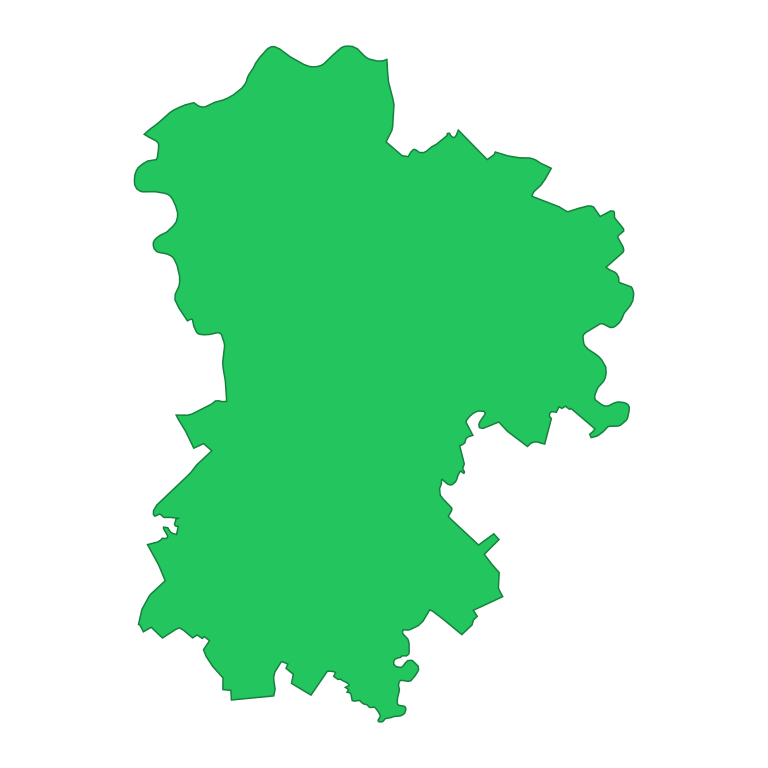 the district of Gia Loc, Hải Dương, Vietnam
{"feature_id": "81297802B14141540631295", "entity_name": "Gia Loc", "entity_type": "district", "adm_level": 2, "iso_a3": "VNM", "parent_name": "Vietnam", "parent_adm1": "Hải Dương", "projection": "orthographic", "projection_center": [106.289, 20.847], "detail": "fine", "context": "isolated", "style": "filled", "palette": "green", "viewbox_px": 768, "rotation_deg": 0, "n_neighbors": 0, "source": "geoboundaries", "source_scale": "gbopen_adm2", "svg_char_len": 6094}
<svg xmlns="http://www.w3.org/2000/svg" viewBox="0 0 768 768"><path d="M187.5,415.2L176.2,415.1L178.7,419.9L186.0,432.0L193.8,448.2L203.6,443.6L211.8,450.8L196.7,464.9L190.8,472.6L186.0,477.3L156.8,505.0L153.5,510.7L153.4,514.5L154.9,516.2L159.1,514.3L160.3,514.2L163.5,517.2L164.9,517.5L170.3,517.4L178.0,518.3L175.9,519.3L174.5,524.3L175.3,525.8L176.3,526.3L178.3,526.3L176.5,534.5L172.7,533.4L170.6,532.2L167.7,527.7L163.6,527.1L163.4,527.8L163.9,529.3L167.6,535.7L167.6,536.9L167.0,538.0L165.1,538.6L162.3,538.2L160.7,540.1L158.0,541.9L147.5,544.6L158.6,564.9L165.2,580.7L150.6,594.3L149.2,596.1L142.3,608.7L141.7,610.2L138.5,624.5L139.9,625.0L143.4,631.8L151.2,627.3L162.5,638.0L175.6,629.5L179.4,627.8L183.6,630.3L192.6,637.9L197.1,635.0L202.3,638.5L204.4,636.6L209.5,640.7L203.5,649.7L206.2,656.5L212.9,666.7L223.0,677.9L222.9,689.6L230.9,690.4L231.4,700.0L273.7,695.9L275.1,689.1L273.8,680.3L273.7,676.9L274.3,674.4L274.9,672.0L280.9,662.3L282.5,661.8L287.9,664.1L286.0,668.3L293.3,674.3L291.5,683.4L311.0,695.1L327.1,671.6L327.5,671.3L330.5,671.2L334.5,671.8L335.5,672.8L333.7,676.3L337.9,679.4L340.9,679.2L341.8,680.2L347.0,682.8L348.9,684.4L348.9,685.6L345.3,687.3L348.7,689.7L347.0,692.2L349.4,692.7L350.9,693.8L352.2,700.6L354.6,701.1L359.4,700.4L362.6,703.3L364.6,704.3L366.9,704.6L369.1,707.0L370.8,707.6L374.2,707.1L375.4,707.9L378.6,712.3L380.1,715.2L380.1,716.9L378.1,720.1L378.2,721.0L378.9,721.8L381.6,721.9L382.9,721.4L385.2,718.8L385.9,718.5L390.9,717.6L394.0,716.5L400.4,715.9L402.6,714.9L404.7,713.2L405.9,709.3L405.5,707.5L404.6,706.3L398.8,705.3L397.9,704.6L397.2,702.6L397.5,698.2L399.3,690.8L399.4,689.1L398.5,685.7L399.0,682.3L400.3,680.6L401.3,680.3L408.4,681.3L410.8,680.8L414.9,676.0L417.4,672.3L418.6,669.6L418.1,666.1L412.6,660.7L411.0,660.3L407.8,660.6L405.3,663.0L403.0,666.1L401.1,667.5L395.9,666.6L393.7,664.1L393.8,661.0L394.7,659.5L397.1,658.1L400.3,657.5L402.2,655.8L406.4,655.9L408.7,654.1L409.1,652.7L409.1,643.8L408.5,640.8L407.7,638.9L402.7,633.6L402.5,631.6L403.4,629.7L407.6,630.1L409.9,629.7L418.2,625.7L422.9,621.3L429.8,609.8L433.2,611.6L443.5,619.5L461.8,634.6L472.0,625.0L473.5,619.9L477.3,616.3L473.3,610.3L502.7,596.6L499.2,590.1L498.4,587.5L499.2,572.6L492.2,564.7L484.3,554.3L499.0,539.6L493.8,533.8L478.6,545.0L450.4,518.7L448.4,516.3L451.5,510.8L451.9,509.2L451.5,507.7L442.9,498.7L440.4,495.3L440.0,493.3L439.6,488.5L441.3,484.3L441.7,479.4L442.3,479.4L447.4,484.0L450.1,485.0L452.1,484.7L455.5,481.8L456.6,479.7L458.0,475.3L460.0,471.6L460.9,471.2L463.7,473.3L464.3,473.0L464.3,471.4L463.1,469.7L462.7,468.4L464.3,463.9L459.7,445.7L462.2,444.8L464.8,442.9L466.1,438.5L467.1,437.5L469.5,436.3L472.9,435.4L466.0,422.2L466.4,420.5L469.4,416.6L472.8,413.6L476.0,411.8L478.5,411.0L483.8,411.3L485.3,412.9L484.8,414.5L480.0,421.5L478.9,424.2L479.2,427.1L480.0,427.9L483.3,428.3L498.8,422.0L507.5,431.4L527.5,446.5L530.7,443.4L533.8,442.0L537.1,442.0L544.7,444.1L551.4,418.5L549.4,416.5L549.7,413.6L550.2,412.7L551.8,411.6L556.4,412.3L558.9,406.8L562.0,408.4L565.4,406.2L569.5,409.3L571.2,408.6L595.0,428.9L592.8,431.7L589.7,434.3L591.2,437.6L597.3,436.0L603.0,431.9L607.8,426.9L609.4,426.3L618.6,426.0L620.6,425.1L625.7,420.8L627.4,418.6L629.0,411.7L629.3,407.6L628.4,405.1L626.4,403.5L624.1,402.6L618.3,401.9L614.0,403.0L608.3,405.9L605.1,406.1L602.9,405.3L600.3,403.7L595.2,399.7L594.7,397.2L594.9,395.0L597.8,387.7L603.5,381.4L605.2,378.0L606.1,373.2L605.8,367.1L601.6,359.7L599.1,357.0L596.2,354.6L588.0,349.1L584.8,345.7L583.7,343.2L583.0,337.3L583.2,335.5L583.8,334.5L586.0,332.4L600.1,323.9L602.8,323.8L610.2,327.5L613.3,327.3L615.8,325.9L619.0,323.0L620.5,321.0L621.7,319.2L624.1,313.3L630.5,305.3L632.8,300.6L633.6,295.2L633.6,292.7L632.4,288.7L631.4,287.0L619.4,282.5L618.8,281.6L618.7,277.6L616.7,273.9L615.2,272.4L608.9,269.4L606.0,267.3L622.9,252.4L623.6,251.1L623.7,249.6L622.9,246.6L617.9,237.5L617.9,236.5L618.2,235.7L623.7,231.1L623.5,228.8L614.6,217.8L614.3,212.1L613.6,211.2L610.7,210.9L600.1,216.5L593.7,207.1L591.0,206.0L587.6,206.0L578.7,208.3L568.0,211.7L566.1,211.1L559.5,207.0L532.0,196.3L532.5,194.3L534.1,191.5L541.0,185.1L545.3,179.0L551.3,168.3L540.6,163.2L535.9,160.1L533.0,158.9L529.7,158.0L519.6,157.8L507.9,155.9L495.3,152.0L494.1,154.7L487.2,159.6L458.3,130.1L456.3,135.3L454.5,137.3L453.3,137.6L451.7,136.5L450.5,135.3L449.6,133.2L447.3,133.5L447.3,135.1L446.2,136.3L436.4,144.3L431.8,146.7L426.7,151.1L423.7,152.6L420.4,152.5L418.6,152.1L416.9,150.5L414.4,149.3L412.9,149.9L410.7,152.2L408.2,156.6L402.1,155.7L386.1,141.9L391.9,130.3L392.6,126.8L394.0,104.5L392.6,97.7L388.5,81.9L387.6,72.1L386.9,59.4L383.5,60.7L379.3,61.1L377.1,61.0L369.1,59.0L366.3,57.5L363.3,54.9L357.4,48.8L352.3,46.4L347.2,46.1L344.2,46.4L341.0,47.9L333.9,54.1L323.5,64.1L320.9,65.5L317.5,66.5L313.0,66.9L308.9,66.3L303.9,64.5L290.2,56.8L279.6,48.9L274.3,46.6L271.1,46.8L267.8,48.6L265.2,51.3L260.0,57.1L255.6,63.2L253.9,67.0L248.6,75.1L247.1,78.5L246.4,81.5L245.0,84.1L241.8,88.2L233.2,95.0L227.5,98.2L222.6,100.2L215.1,102.2L204.6,107.1L200.9,106.8L198.0,105.7L193.9,102.7L185.5,104.8L179.4,107.3L173.6,110.1L169.8,112.7L158.2,123.0L148.7,130.2L144.2,134.3L149.5,137.5L155.0,140.3L156.8,141.5L158.0,142.8L158.6,144.4L158.5,148.9L157.6,155.6L157.2,157.9L156.2,159.6L147.7,161.0L142.7,163.9L138.3,167.5L136.3,170.8L134.8,175.2L134.4,180.2L134.6,183.9L135.3,186.2L137.0,189.0L140.3,191.2L142.3,191.8L155.1,191.7L163.7,193.1L167.5,194.2L170.3,196.1L172.7,199.5L175.6,205.8L177.6,212.8L177.5,216.9L176.3,221.8L173.0,226.2L166.6,232.2L160.3,235.2L156.8,237.8L154.8,239.8L153.6,241.7L153.2,243.7L153.4,246.2L154.3,249.0L156.5,251.4L158.5,252.3L166.9,253.9L170.3,255.5L172.5,257.0L174.4,259.5L177.1,265.5L179.6,276.3L179.6,282.5L179.0,286.1L175.2,294.3L175.0,300.0L179.1,308.3L187.4,320.8L191.0,319.1L192.4,319.5L193.8,326.2L196.0,331.1L197.4,333.1L199.2,334.2L203.8,334.8L209.3,334.5L217.6,332.7L219.1,332.8L220.9,333.9L221.6,335.1L224.1,342.4L224.6,345.9L222.7,362.2L223.1,367.9L225.3,380.7L226.7,401.4L221.9,401.6L218.9,400.8L215.6,400.9L211.2,404.3L191.8,414.1L187.5,415.2Z" fill="#22c55e" stroke="#15803d" stroke-width="1.5"/></svg>